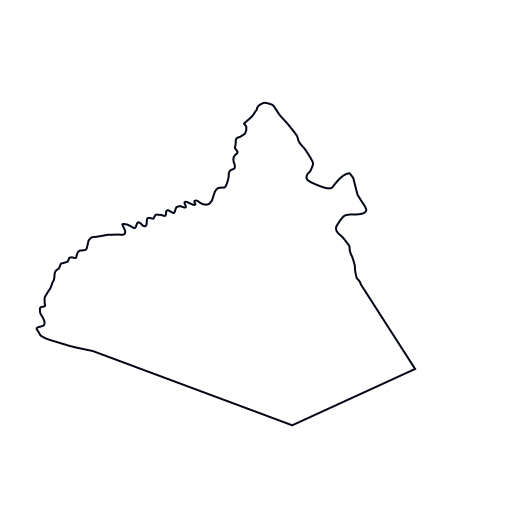 San Vicente Centenario, Santa Bárbara, Honduras, rotated 289°
{"feature_id": "27666195B10024798844704", "entity_name": "San Vicente Centenario", "entity_type": "district", "adm_level": 2, "iso_a3": "HND", "parent_name": "Honduras", "parent_adm1": "Santa Bárbara", "projection": "equal_earth", "projection_center": [-88.287, 14.884], "detail": "fine", "context": "isolated", "style": "outline", "palette": "ink", "viewbox_px": 512, "rotation_deg": 289, "n_neighbors": 0, "source": "geoboundaries", "source_scale": "gbopen_adm2", "svg_char_len": 6061}
<svg xmlns="http://www.w3.org/2000/svg" viewBox="0 0 512 512"><g transform="rotate(289 256 256)"><path d="M155.0,71.1L148.5,69.7L148.1,69.7L146.2,70.2L142.9,71.4L140.8,72.6L140.1,72.7L139.9,72.6L139.2,71.9L138.7,71.2L138.0,70.0L137.7,69.5L137.2,69.1L136.8,68.9L136.4,68.8L135.7,68.9L135.2,69.0L133.0,69.9L131.6,70.8L130.8,71.5L129.4,73.3L128.3,74.5L127.0,75.8L125.8,76.9L125.0,77.4L124.3,77.7L123.6,77.9L122.8,78.0L121.6,78.0L121.0,77.7L119.7,76.1L117.9,73.5L117.3,72.7L116.9,72.4L116.5,72.2L116.2,72.2L115.9,72.2L115.4,72.5L112.2,76.5L111.2,77.5L110.9,77.9L110.7,78.2L110.4,79.2L109.9,81.8L109.6,84.4L109.5,88.6L110.3,108.9L110.8,115.0L112.1,125.4L113.0,132.6L107.7,345.3L201.0,443.2L263.4,364.2L264.7,363.3L265.2,362.8L265.7,362.2L266.4,361.2L267.3,359.4L268.0,358.4L268.6,357.9L269.2,357.5L273.4,355.0L275.2,354.1L278.3,352.9L280.4,351.7L283.6,349.5L285.4,348.1L286.7,347.1L288.7,345.1L290.6,343.6L291.6,343.0L292.2,342.6L294.4,341.8L295.1,341.4L295.8,340.8L296.4,340.2L296.9,339.5L298.3,337.5L300.5,334.2L301.3,332.8L302.2,331.2L302.9,329.6L303.7,327.5L304.3,326.3L304.9,325.4L305.5,324.5L306.1,323.9L306.6,323.5L307.8,322.8L308.8,322.5L310.0,322.4L311.5,322.6L315.6,323.6L318.5,324.5L321.2,325.5L322.5,326.3L323.2,326.9L323.7,327.5L324.5,328.7L325.3,330.3L326.3,332.4L327.4,336.0L328.3,338.2L329.3,340.3L330.4,342.2L331.4,343.6L332.2,344.4L332.6,344.7L333.6,345.2L334.7,345.4L335.6,345.2L336.3,344.8L337.4,343.8L338.4,342.8L339.5,341.4L343.1,336.8L345.3,334.1L346.4,332.7L347.1,332.0L348.1,331.3L353.7,327.6L360.8,323.0L361.7,322.1L363.0,320.3L363.9,318.9L364.7,317.4L363.9,316.2L363.2,315.1L362.2,314.0L361.2,313.0L360.1,312.1L359.2,311.6L356.5,310.0L355.2,309.4L349.4,307.0L346.6,306.2L345.6,305.8L345.2,305.5L344.8,305.0L344.5,304.6L344.1,303.9L343.6,302.5L343.2,301.0L342.9,298.0L342.9,295.3L343.0,290.7L343.4,285.9L343.8,283.0L344.1,281.8L344.4,280.7L344.6,280.1L345.0,279.5L345.3,279.1L345.8,278.7L346.8,278.1L347.3,278.0L348.2,277.9L349.3,277.9L350.7,278.2L351.6,278.6L353.1,279.4L354.6,279.8L356.9,280.0L358.5,280.1L360.3,280.1L361.8,279.9L362.7,279.5L363.6,278.8L366.3,275.9L370.0,271.4L372.3,268.4L373.7,266.3L375.8,262.5L376.7,261.1L377.6,259.9L378.4,259.0L379.3,258.2L380.1,257.7L381.5,256.8L382.5,256.0L383.4,255.0L385.1,252.6L387.2,249.4L391.6,242.3L393.6,238.7L395.8,234.5L397.2,232.2L398.3,230.7L401.4,226.8L402.6,225.2L403.7,223.6L404.2,222.5L404.3,221.7L404.3,219.5L404.2,217.4L403.9,215.3L403.7,214.3L403.3,213.6L402.6,212.6L401.5,211.5L400.2,210.4L399.3,209.8L398.7,209.5L397.9,209.2L396.7,208.9L395.7,208.9L394.7,209.1L394.2,209.0L392.0,208.2L389.3,207.7L387.7,207.1L386.4,206.6L385.2,206.0L379.9,203.0L377.4,201.6L377.1,201.9L376.5,202.8L375.4,204.3L375.2,204.6L374.9,204.8L373.5,205.3L371.7,205.8L370.4,205.9L369.1,205.8L368.0,205.6L367.6,205.4L363.8,202.5L363.1,201.8L362.3,200.5L361.5,199.8L361.0,199.5L360.3,199.2L359.7,199.2L358.9,199.3L357.7,199.5L355.6,200.2L353.0,200.6L351.3,200.9L351.0,201.2L350.6,201.8L348.8,204.3L348.6,204.6L348.3,204.7L347.4,204.8L346.8,204.6L346.1,204.3L344.9,203.5L343.4,203.0L342.4,202.8L341.3,202.8L339.9,203.2L338.3,203.9L337.5,204.4L335.7,205.9L334.4,206.6L333.4,207.0L332.7,207.1L332.2,207.1L331.7,207.0L331.1,206.5L330.3,205.7L329.4,204.6L328.9,204.1L327.9,203.6L326.9,203.4L326.0,203.4L325.2,203.4L324.3,203.6L322.3,204.3L320.5,204.6L318.1,204.8L314.8,204.9L313.0,204.7L311.6,204.5L310.9,204.2L310.6,203.9L310.3,203.6L310.1,203.1L309.8,201.9L308.8,199.7L308.0,198.3L307.5,197.7L306.1,197.0L304.1,196.3L303.4,196.2L299.4,196.2L295.2,196.3L294.1,196.3L292.7,195.9L290.8,195.1L290.2,194.8L289.6,194.2L289.2,193.7L288.8,193.1L288.5,192.5L288.2,191.8L287.8,189.9L287.7,188.6L288.0,186.7L288.2,185.4L288.8,183.8L289.0,182.7L289.0,182.0L289.0,181.6L288.7,180.7L288.4,180.3L288.1,180.0L287.7,179.9L287.2,180.0L286.9,180.2L286.3,180.9L285.6,181.5L285.3,181.7L284.9,181.8L284.7,181.7L284.4,181.5L284.3,181.2L284.1,180.9L284.0,180.2L284.2,177.1L284.6,173.1L284.5,172.1L284.1,171.4L283.9,171.2L283.6,171.0L283.2,171.0L282.9,171.1L282.0,171.8L281.0,172.8L280.5,173.2L279.7,173.6L279.4,173.7L279.2,173.7L278.9,173.5L278.8,173.2L278.5,172.3L278.5,168.5L278.4,168.0L278.1,167.3L277.5,166.4L276.8,165.5L276.3,164.9L275.9,164.8L274.9,164.7L273.3,164.7L271.5,164.8L270.5,164.6L269.9,164.3L269.8,164.1L269.7,163.8L269.8,163.0L270.6,158.8L270.6,158.2L270.4,157.6L270.2,157.2L269.8,156.9L269.0,156.6L268.2,156.7L266.4,157.2L265.5,157.3L264.8,157.2L264.4,156.9L264.1,156.4L264.0,155.5L263.9,154.3L264.0,153.2L264.0,152.9L263.4,151.1L263.0,149.2L262.8,148.5L262.3,147.8L261.7,147.5L259.8,147.1L258.4,147.0L257.9,146.8L257.8,146.4L257.6,145.5L257.4,143.5L257.2,142.6L257.0,141.8L256.6,141.4L256.3,141.2L255.8,141.0L254.6,141.1L253.8,141.2L253.0,141.6L252.2,141.7L250.9,142.1L249.9,142.2L249.2,142.2L248.7,142.0L248.4,141.9L248.2,141.6L247.9,141.2L247.8,140.8L247.8,140.2L247.8,139.7L248.0,139.0L248.2,138.4L249.0,136.9L249.4,136.0L249.6,134.7L249.5,133.7L249.3,133.4L248.6,133.1L247.5,132.9L244.6,132.9L243.7,132.8L243.2,132.6L243.0,132.2L242.8,131.5L242.8,130.4L243.2,128.6L243.5,126.6L243.7,125.2L243.8,123.9L243.7,123.3L243.3,121.1L243.1,120.2L242.9,119.7L242.7,119.5L242.4,119.5L242.1,119.5L241.9,119.7L241.0,120.5L239.6,121.8L238.1,123.3L237.4,123.9L236.9,124.2L235.7,124.6L234.7,124.7L233.9,124.4L233.6,124.2L233.2,123.8L232.7,123.1L232.2,121.8L231.5,118.9L228.7,111.6L227.9,109.3L227.5,108.3L225.5,104.9L222.4,99.3L220.8,95.7L220.3,94.8L219.9,94.4L219.3,94.0L218.2,93.4L216.8,92.9L215.9,92.7L209.0,93.4L207.5,93.4L206.8,93.2L206.2,92.6L205.5,91.6L204.5,89.4L203.8,87.7L202.8,86.9L201.9,86.4L201.2,86.2L198.2,86.2L196.2,86.5L195.8,86.4L195.6,86.3L195.3,85.8L195.1,85.2L195.0,84.6L195.0,83.4L194.7,82.2L194.2,81.1L193.7,80.3L193.3,80.0L193.0,79.9L191.4,80.0L190.0,79.8L189.1,79.5L186.8,76.4L185.8,74.7L185.5,74.3L185.0,74.1L184.2,73.9L182.5,73.9L181.2,73.8L179.7,73.6L179.3,73.3L178.4,72.4L177.9,72.1L176.9,71.6L175.8,71.3L174.8,71.3L173.8,71.4L172.9,71.5L170.7,72.2L169.6,72.4L168.2,72.6L167.2,72.7L164.9,72.2L161.8,72.2L158.5,72.1L157.4,71.8L155.0,71.1Z" fill="none" stroke="#020617" stroke-width="2"/></g></svg>